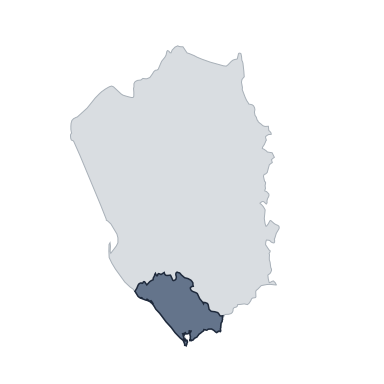 West Pomeranian highlighted on a map of Poland, rotated 245°
{"feature_id": "POL-3142", "entity_name": "West Pomeranian", "entity_type": "Voivodeship", "adm_level": 1, "iso_a3": "POL", "parent_name": "Poland", "parent_adm1": "", "projection": "natural_earth1", "projection_center": [15.248, 53.587], "detail": "fine", "context": "in_parent", "style": "filled", "palette": "slate", "viewbox_px": 384, "rotation_deg": 245, "n_neighbors": 0, "source": "natural_earth", "source_scale": "10m", "svg_char_len": 7091}
<svg xmlns="http://www.w3.org/2000/svg" viewBox="0 0 384 384"><g transform="rotate(245 192 192)"><path d="M315.6,205.8L317.2,208.2L317.8,210.2L317.3,211.7L317.5,213.2L323.3,219.7L325.6,224.4L327.0,226.3L330.1,228.7L330.5,229.7L329.3,230.6L327.5,230.9L327.0,231.8L329.0,234.0L330.5,237.8L330.5,240.9L329.5,241.6L328.2,243.5L327.4,245.2L320.2,246.3L318.5,248.1L314.7,251.6L312.0,253.6L308.1,257.2L302.0,263.4L293.1,273.8L291.6,276.2L292.0,278.2L293.8,282.9L294.2,285.0L294.0,286.9L293.5,288.6L293.6,289.4L297.7,292.6L297.9,293.3L297.6,294.1L296.7,294.8L293.7,294.1L290.2,292.8L289.1,292.9L287.2,292.6L279.5,290.0L274.3,288.0L273.8,286.7L272.8,284.8L270.6,283.2L265.5,281.9L263.5,280.8L255.3,280.2L251.8,280.2L249.3,280.6L247.8,280.6L245.6,283.4L244.1,284.2L241.9,284.3L240.0,283.8L238.0,282.3L234.8,281.5L232.5,281.9L230.8,281.6L229.4,281.5L228.9,281.8L227.7,281.7L226.0,282.4L224.2,283.4L222.2,284.2L220.6,285.8L219.3,289.0L215.3,287.6L214.0,288.2L212.1,288.6L210.8,288.2L211.1,287.1L211.7,285.9L211.6,284.1L211.2,282.2L210.0,281.6L208.1,281.4L207.2,281.0L207.0,280.3L206.1,279.5L204.4,277.5L202.8,274.9L201.7,274.1L200.2,275.4L197.9,276.7L196.4,277.2L193.7,281.2L188.6,281.3L188.3,279.5L187.7,277.7L184.7,277.2L184.6,276.2L184.0,273.6L177.9,268.4L177.2,266.3L177.4,265.4L177.0,264.1L175.7,263.3L171.0,262.3L169.8,262.8L168.7,262.3L167.0,261.0L164.0,260.0L163.6,259.5L162.6,258.6L162.0,258.5L161.6,259.0L160.8,259.8L157.7,260.8L156.5,260.4L155.4,259.5L154.1,257.7L152.3,256.2L150.7,255.6L149.9,254.8L149.7,254.2L153.0,252.9L153.7,251.5L153.3,249.1L152.8,248.8L151.4,249.6L148.7,250.4L146.1,250.7L144.8,250.7L137.4,246.3L132.6,244.9L129.8,244.5L129.5,245.0L130.8,247.5L133.0,250.5L132.9,251.3L128.8,253.1L127.1,254.2L125.6,255.6L124.3,256.3L123.2,256.1L122.0,255.4L118.9,250.9L115.1,247.5L114.6,246.7L113.4,246.5L111.7,245.7L111.2,244.7L112.0,243.6L113.2,242.6L115.2,241.9L115.8,241.3L116.2,240.5L117.0,239.3L116.8,238.9L115.3,237.6L113.1,236.4L107.1,237.3L105.5,238.0L104.5,237.1L103.8,235.9L102.3,235.7L100.2,234.5L97.8,233.4L95.4,233.1L90.4,231.5L88.4,231.4L87.3,230.9L86.1,229.6L85.2,228.3L84.6,225.6L81.0,224.4L77.3,223.7L77.0,224.0L77.2,226.8L77.0,228.2L74.6,229.1L72.2,229.2L72.3,228.7L75.2,223.9L76.5,220.8L77.9,215.2L76.2,210.8L75.7,208.7L74.9,207.7L69.9,205.6L69.5,204.8L70.3,201.9L69.9,200.7L68.7,199.4L67.1,196.8L66.5,194.7L68.5,192.1L69.9,187.6L70.7,185.8L69.4,184.8L69.0,183.4L69.4,181.4L68.7,179.9L66.9,178.9L65.8,177.6L65.3,176.0L65.7,173.5L67.1,170.1L64.2,166.0L57.1,161.1L53.6,157.8L53.9,155.9L55.4,154.1L58.2,152.6L60.3,149.8L61.4,146.5L61.5,143.5L58.4,134.0L57.9,131.6L57.4,127.9L63.6,129.9L66.2,131.1L65.9,129.8L65.4,128.7L65.7,127.1L65.5,124.6L59.9,123.4L56.2,123.0L55.7,121.3L56.1,120.2L57.1,120.8L60.8,121.1L69.9,117.8L85.4,113.5L102.1,109.6L106.0,109.1L109.9,108.3L111.3,106.8L112.7,105.8L115.0,103.2L119.9,99.1L128.8,97.6L132.1,95.7L138.9,93.0L154.6,90.0L161.2,89.3L167.6,89.2L173.4,91.6L179.5,94.6L180.7,96.3L177.4,95.2L172.5,92.6L170.8,92.5L175.0,100.5L177.3,103.4L181.8,105.5L185.7,106.2L197.3,105.0L201.5,103.3L202.6,102.4L203.7,102.8L219.1,103.7L272.4,105.9L287.7,106.2L288.6,106.0L290.1,104.6L292.0,104.8L294.3,105.6L295.4,106.3L295.9,107.0L296.2,107.8L297.4,108.0L299.7,108.6L302.8,110.0L305.3,111.4L307.6,113.4L308.5,115.7L308.6,118.2L308.5,119.9L312.4,132.5L318.1,144.0L320.2,149.6L321.1,152.5L321.9,156.8L322.2,159.9L322.3,161.6L322.0,163.9L320.5,165.3L310.6,169.3L308.8,170.5L306.0,173.6L303.4,176.8L302.8,177.9L302.6,178.6L303.3,179.7L306.9,181.4L310.6,182.8L311.8,183.8L314.6,185.1L315.6,186.3L316.1,187.3L316.2,189.7L315.1,193.0L315.7,195.5L314.6,197.1L313.7,199.0L313.6,202.2L315.6,205.8Z" fill="#d9dde1" stroke="#a8b0b8" stroke-width="1"/><path d="M66.8,167.7L65.2,166.3L63.5,165.8L62.7,164.9L62.2,164.8L61.9,164.5L61.0,163.1L60.6,162.7L57.7,161.0L56.9,160.7L56.0,159.9L55.5,159.7L54.9,159.7L54.3,159.5L53.8,159.2L53.5,158.7L54.2,158.3L54.5,157.8L54.6,157.2L54.6,156.7L54.3,155.5L54.1,155.1L54.1,154.9L55.4,154.1L57.1,153.5L58.7,152.5L59.6,151.8L59.9,151.1L60.0,150.9L60.8,148.9L60.8,148.4L60.6,147.9L60.5,147.3L60.6,146.8L60.8,146.4L61.1,146.1L61.4,146.0L61.6,145.7L62.3,144.6L61.9,144.4L61.8,144.2L61.4,143.9L61.2,143.7L61.2,143.4L61.1,142.7L61.1,142.4L60.9,141.8L60.4,139.7L60.1,137.9L59.5,137.2L59.2,136.4L58.6,135.6L58.4,134.9L58.4,134.1L58.4,132.9L58.4,132.5L57.8,131.2L57.4,130.5L57.5,129.9L57.5,128.9L57.8,128.9L58.3,128.7L58.6,128.5L58.7,128.2L58.2,128.0L58.4,127.8L58.5,127.7L58.4,127.6L58.2,127.5L58.3,127.2L58.6,127.4L59.0,127.5L59.3,127.7L59.6,128.4L60.0,128.6L60.8,128.9L61.3,129.4L61.6,129.5L62.8,129.7L64.3,130.1L64.8,130.4L65.2,130.9L66.1,132.2L66.4,132.5L66.5,132.4L66.6,131.8L66.7,131.5L66.9,131.3L67.3,131.1L67.3,130.9L67.3,130.6L67.0,130.5L66.3,130.5L66.0,130.3L65.2,128.8L65.3,128.0L66.0,126.5L66.3,126.7L66.6,126.6L66.9,126.5L67.3,126.5L67.1,125.6L67.2,124.9L67.4,124.3L67.5,123.6L67.3,123.6L67.3,124.0L67.1,124.3L66.4,124.8L66.6,125.1L66.3,125.0L66.1,124.9L65.8,124.6L66.0,124.5L66.2,124.2L66.4,124.1L66.0,123.5L65.4,123.2L62.4,123.0L61.9,122.6L62.3,122.0L62.2,121.9L62.1,121.7L61.8,122.1L61.6,122.1L61.4,122.0L61.1,122.0L60.8,122.0L60.6,122.2L60.5,122.4L60.2,122.7L61.0,122.8L61.5,122.9L61.7,123.2L61.7,123.6L61.4,123.9L61.0,124.0L60.8,123.9L60.0,124.2L59.7,124.3L59.3,124.3L59.3,124.6L59.6,124.7L59.6,124.8L59.3,124.8L59.0,124.8L58.6,124.6L58.3,124.6L57.8,124.4L56.5,122.9L55.9,122.7L55.6,122.2L55.1,121.7L55.4,121.6L55.6,121.5L56.1,120.6L56.5,120.7L56.8,120.9L57.6,121.2L60.3,121.3L61.4,121.2L62.5,120.7L64.4,119.7L71.7,117.2L77.9,116.0L85.4,113.6L90.4,112.6L95.7,111.5L101.0,109.7L105.4,109.3L108.4,108.5L108.0,108.8L106.7,109.2L107.3,109.6L109.7,109.2L109.5,108.8L110.8,108.8L110.8,108.6L110.7,108.6L110.6,108.0L110.0,107.9L108.5,108.3L109.5,107.9L110.6,107.4L112.3,105.9L111.9,106.4L111.3,106.9L111.1,107.2L111.3,107.1L111.8,107.0L112.3,106.9L112.6,106.6L113.6,106.2L113.9,105.9L113.6,105.4L113.1,105.4L112.8,105.6L112.4,105.9L113.6,104.4L116.7,101.4L116.7,101.6L116.6,101.9L116.8,102.0L117.3,101.9L117.6,101.6L117.8,101.1L117.6,101.0L117.3,101.1L116.9,101.4L117.4,100.6L118.4,99.9L120.2,99.0L125.9,98.4L126.1,98.3L128.0,101.2L130.3,103.7L131.1,104.9L131.3,106.6L131.1,107.5L130.3,108.1L130.2,108.7L130.5,109.2L131.0,109.8L131.1,110.6L130.7,111.1L126.9,111.8L128.6,115.8L128.9,117.7L128.9,119.7L130.1,120.3L130.7,120.9L131.8,122.5L132.5,123.0L133.2,123.7L133.7,124.5L132.2,124.4L130.8,124.8L130.9,125.5L131.4,125.7L131.9,126.3L132.2,127.1L131.4,128.2L130.3,129.0L130.8,132.8L129.7,132.6L128.7,132.6L127.7,133.0L127.0,133.9L126.5,135.1L125.8,137.3L125.0,137.4L120.0,137.3L119.4,138.0L119.4,139.4L119.8,140.6L121.5,141.9L123.6,142.3L124.6,142.7L125.5,143.6L125.7,144.6L124.8,145.4L124.2,146.3L123.4,146.8L121.4,147.3L117.4,149.1L115.2,151.8L112.6,153.7L110.9,154.2L109.2,154.4L107.5,153.6L106.0,153.3L106.5,151.6L105.8,149.9L104.4,149.6L102.9,149.8L101.5,150.7L99.0,153.1L97.7,153.9L92.0,153.9L87.4,155.1L85.8,155.2L86.3,155.7L87.1,155.8L86.1,157.4L84.4,158.9L82.9,159.0L78.4,157.9L75.7,159.0L73.9,162.0L71.8,164.4L70.4,164.8L68.0,165.1L67.4,165.8L66.8,167.7Z" fill="#64748b" stroke="#1e293b" stroke-width="1.5"/></g></svg>